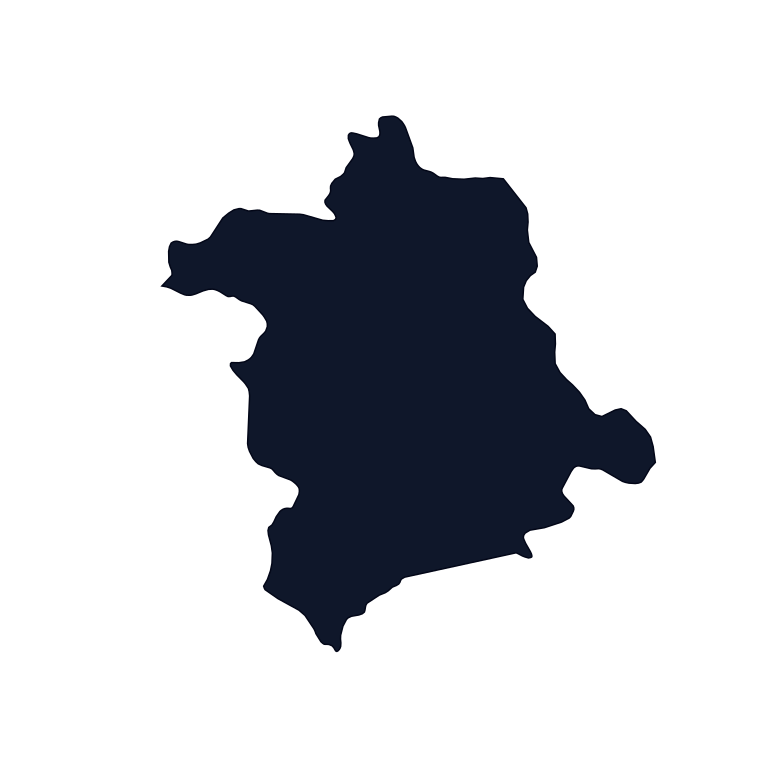 an SVG outline of Prachin Buri, rotated 316°
{"feature_id": "THA-410", "entity_name": "Prachin Buri", "entity_type": "Province", "adm_level": 1, "iso_a3": "THA", "parent_name": "Thailand", "parent_adm1": "", "projection": "equal_earth", "projection_center": [101.594, 14.089], "detail": "fine", "context": "isolated", "style": "filled", "palette": "ink", "viewbox_px": 768, "rotation_deg": 316, "n_neighbors": 0, "source": "natural_earth", "source_scale": "10m", "svg_char_len": 4251}
<svg xmlns="http://www.w3.org/2000/svg" viewBox="0 0 768 768"><g transform="rotate(316 384 384)"><path d="M165.6,544.0L164.3,543.6L163.8,542.4L164.7,538.8L164.8,536.2L163.5,533.2L162.2,531.7L160.2,529.7L159.8,528.0L159.6,525.6L161.6,516.3L162.5,514.4L163.3,512.2L163.6,511.1L166.4,495.6L165.7,487.6L158.6,464.7L155.6,449.4L156.0,447.9L157.0,445.8L164.4,443.6L172.6,439.5L178.8,435.2L186.3,428.0L190.6,422.1L196.1,412.3L198.8,408.8L201.5,407.1L205.4,407.6L208.9,406.7L214.3,404.6L220.6,403.4L222.3,403.5L224.3,403.9L226.1,404.7L227.4,405.6L228.5,406.6L230.2,408.6L231.7,409.3L233.4,409.1L246.0,404.4L248.6,402.4L250.3,400.4L250.9,398.7L251.1,397.2L251.2,394.9L251.0,392.5L250.7,390.3L250.1,388.0L244.7,376.7L244.3,374.5L244.2,371.9L244.4,369.4L244.4,366.9L243.7,365.1L239.6,357.9L238.1,354.1L237.9,350.8L238.2,346.7L240.5,339.0L242.3,335.2L244.5,332.1L279.1,299.2L281.7,295.9L283.4,293.0L284.4,287.6L284.6,284.9L284.5,275.1L284.9,269.3L286.1,264.3L287.8,262.7L289.2,262.7L294.4,267.9L299.1,271.2L303.0,272.4L305.1,272.7L307.2,272.7L311.2,271.9L324.5,265.0L326.4,264.4L328.3,264.1L332.8,264.1L335.6,263.8L339.9,261.7L341.9,259.6L343.3,257.3L344.4,252.7L344.8,250.0L345.1,238.5L344.8,235.9L344.0,233.9L339.3,225.2L338.6,223.0L337.7,218.1L336.9,216.2L335.5,215.0L334.0,214.1L332.6,212.8L331.9,211.0L330.2,203.9L329.4,201.6L328.6,199.8L327.6,198.0L326.4,196.5L323.5,194.0L318.5,191.3L311.2,188.4L307.7,186.6L306.2,185.5L303.6,182.9L302.5,181.2L300.8,177.3L297.2,167.0L295.2,163.2L292.3,159.2L307.0,158.5L308.5,157.1L310.3,154.8L311.6,151.3L313.8,147.0L321.2,139.0L325.1,136.2L328.8,134.8L331.0,135.3L332.8,136.2L334.2,137.4L335.3,139.0L339.2,146.3L340.3,147.8L343.0,150.5L346.0,152.9L349.9,154.9L358.1,157.6L361.2,157.7L383.4,152.6L391.0,153.2L397.0,154.5L401.5,157.1L402.9,158.4L406.7,165.5L413.6,170.9L415.3,172.7L418.9,180.4L420.0,181.9L441.3,203.3L443.6,206.2L453.7,223.7L457.4,227.9L461.1,231.4L463.3,231.9L465.1,231.2L466.0,229.2L466.7,227.0L466.9,224.3L466.6,216.4L467.0,214.0L467.8,212.2L469.3,210.8L474.6,210.1L476.9,209.6L478.7,208.8L480.2,207.6L481.4,206.1L483.1,204.5L485.9,203.4L491.2,202.8L496.9,204.6L500.3,204.8L502.4,204.6L507.1,202.1L517.7,200.2L519.5,199.6L521.2,198.8L522.6,197.6L523.6,196.0L524.6,194.1L526.7,187.6L527.7,185.1L528.8,182.7L531.2,180.3L533.1,179.9L534.8,180.5L536.0,181.9L538.2,185.2L544.1,196.1L545.4,198.0L547.2,199.8L549.8,202.0L552.0,202.6L553.8,202.0L555.2,200.9L556.5,199.4L559.8,194.2L561.6,192.3L564.8,190.2L566.7,190.3L568.4,190.9L575.7,196.8L577.1,198.3L578.0,200.2L578.7,202.4L579.1,207.6L578.7,210.2L578.2,212.5L577.5,214.6L568.8,234.1L563.1,241.9L561.3,245.8L560.6,248.1L560.2,250.5L560.1,253.1L560.5,255.5L561.2,257.6L564.3,262.7L565.2,264.5L565.9,266.7L566.8,271.7L567.5,273.7L568.5,275.0L570.0,276.3L571.6,277.9L575.9,284.0L583.8,292.3L592.7,299.2L597.8,304.8L603.7,309.2L612.4,319.3L608.6,355.9L605.5,361.5L600.1,367.6L594.1,372.8L586.5,382.7L581.7,398.8L576.1,405.7L570.5,408.6L564.6,407.7L558.1,408.5L551.7,411.3L542.7,419.5L539.8,429.2L539.7,440.4L542.1,456.5L541.8,466.9L535.1,474.3L528.9,479.7L521.3,488.2L518.6,498.0L518.4,507.6L519.0,515.6L518.9,525.7L517.4,535.1L514.1,544.0L514.5,552.6L518.2,558.8L532.2,563.3L537.4,566.5L539.7,571.6L539.4,586.0L540.4,598.1L538.9,607.3L534.2,615.9L524.7,628.9L516.8,629.4L504.8,632.8L502.8,633.1L500.8,633.2L498.3,632.1L495.6,630.1L491.3,625.4L489.3,622.4L487.9,619.7L481.7,597.7L480.8,595.7L479.7,594.1L476.9,591.7L474.3,589.0L467.8,578.9L466.5,577.5L464.7,576.5L462.1,576.1L457.9,576.9L440.1,582.7L438.4,583.5L437.1,585.0L436.2,586.9L435.7,589.6L435.4,603.1L434.6,604.8L433.4,606.1L431.8,607.0L426.3,609.0L424.2,609.1L415.9,606.7L399.6,598.8L387.4,590.5L382.0,589.3L379.6,589.8L377.8,591.0L376.8,592.6L375.2,597.0L372.8,606.4L372.1,608.4L371.3,609.9L370.7,610.6L370.4,610.9L369.9,611.0L368.8,610.6L367.1,609.5L365.2,606.2L364.1,603.8L362.6,599.2L361.8,597.2L264.7,537.3L261.0,536.4L259.3,536.9L257.7,537.7L255.6,538.1L252.9,537.5L248.9,535.9L243.4,535.7L239.9,535.0L234.0,532.6L219.6,529.9L217.6,530.4L216.2,531.2L213.1,533.5L211.5,534.4L208.8,534.2L205.5,532.7L199.3,528.5L195.9,527.3L193.4,527.3L186.2,529.7L178.3,534.6L175.6,537.2L173.1,540.3L170.5,542.7L168.9,543.5L167.4,543.9L165.6,544.0Z" fill="#0f172a" stroke="#020617" stroke-width="1.5"/></g></svg>